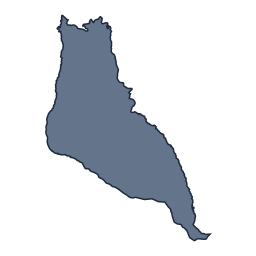 Tsa-le-Moleka, Butha-Buthe, Lesotho (Mercator projection)
{"feature_id": "5366337B25108724147301", "entity_name": "Tsa-le-Moleka", "entity_type": "district", "adm_level": 2, "iso_a3": "LSO", "parent_name": "Lesotho", "parent_adm1": "Butha-Buthe", "projection": "mercator", "projection_center": [28.369, -28.789], "detail": "fine", "context": "isolated", "style": "filled", "palette": "slate", "viewbox_px": 256, "rotation_deg": 0, "n_neighbors": 0, "source": "geoboundaries", "source_scale": "gbopen_adm2", "svg_char_len": 5691}
<svg xmlns="http://www.w3.org/2000/svg" viewBox="0 0 256 256"><path d="M210.1,234.1L206.0,234.4L205.1,234.2L204.0,233.6L201.5,233.5L200.1,231.8L199.2,231.2L198.9,230.3L198.4,229.7L197.5,228.8L196.9,228.6L193.4,225.2L193.2,224.3L193.6,223.7L194.1,222.2L194.6,221.3L195.0,219.0L194.9,218.0L195.3,217.2L195.4,216.3L195.0,214.3L194.8,213.8L194.1,213.6L193.9,213.2L194.0,212.2L193.2,211.4L193.6,210.6L193.2,210.3L193.3,209.7L192.3,209.2L192.2,208.5L192.2,207.9L193.9,208.2L194.0,208.0L193.8,207.4L192.3,207.1L192.4,206.7L191.9,206.2L192.5,205.6L192.2,204.5L192.3,203.8L192.9,202.5L192.7,199.8L191.7,198.9L191.6,198.5L192.2,198.0L192.2,196.8L191.0,194.7L190.9,193.6L190.1,192.8L189.9,191.8L189.2,190.8L189.1,190.5L189.6,189.4L187.9,187.5L187.2,186.4L186.8,185.3L186.9,183.9L186.6,182.4L185.9,181.1L186.1,178.4L185.8,177.8L184.6,177.0L184.7,176.0L184.2,175.1L184.4,174.0L183.4,172.9L183.2,171.7L182.3,171.1L182.0,170.1L181.3,169.2L181.4,167.1L180.5,166.2L180.6,165.6L179.8,165.0L179.7,163.9L178.8,162.4L178.8,160.9L178.2,159.5L177.2,158.7L176.2,158.2L176.1,157.7L176.1,156.0L175.5,155.0L175.6,154.1L174.5,153.1L174.0,152.1L173.4,149.7L173.3,148.5L172.2,147.8L172.2,147.3L171.8,146.9L170.7,146.3L171.1,145.5L170.9,145.3L168.0,144.2L167.6,143.2L167.2,142.9L166.7,142.4L166.7,141.4L165.8,139.9L165.9,139.2L165.4,138.2L164.0,137.6L164.0,136.1L163.4,134.4L162.7,134.5L162.1,133.8L161.0,133.4L159.6,132.2L159.1,131.4L157.7,130.5L157.4,129.4L156.8,129.0L155.7,128.7L155.7,128.3L156.2,126.9L155.6,126.6L155.5,126.2L155.1,125.7L154.2,125.2L152.9,125.7L151.5,125.4L149.1,123.7L148.2,123.5L148.3,123.3L146.9,122.6L146.8,122.0L146.1,121.5L145.9,120.6L146.2,119.9L146.1,119.3L145.9,118.8L145.1,118.5L144.6,116.3L144.0,116.4L141.9,115.0L141.2,114.8L140.9,114.2L139.4,113.7L139.1,114.3L138.8,114.5L138.5,114.1L138.6,113.7L137.5,113.5L135.6,112.1L135.0,112.1L134.7,111.8L133.0,112.5L131.0,112.0L130.8,111.0L131.6,109.3L131.9,107.5L132.5,106.6L133.9,105.8L135.0,103.7L135.0,102.4L134.6,101.4L133.2,99.7L132.3,99.2L131.0,99.0L129.2,98.2L129.8,96.2L129.8,94.9L130.5,93.8L129.4,93.3L128.7,92.8L129.7,91.6L130.8,90.8L131.2,90.1L131.9,89.6L131.9,88.6L131.0,88.4L129.0,88.5L127.6,88.2L126.5,87.7L125.6,86.9L124.7,86.6L123.8,85.8L123.4,82.9L122.4,82.6L121.5,82.7L119.7,82.2L118.9,81.5L117.1,78.3L117.5,75.6L117.5,73.8L118.4,69.7L116.1,64.1L116.1,61.6L115.7,60.4L115.0,56.4L114.3,54.8L111.9,52.9L111.5,52.1L111.2,51.0L111.5,48.3L111.0,47.1L111.5,46.2L111.5,41.7L110.8,40.7L110.5,40.0L110.3,36.5L110.8,35.1L110.5,33.8L110.8,32.5L111.5,31.4L110.1,29.7L110.8,28.7L110.5,27.4L110.1,26.6L109.5,26.3L108.7,27.3L108.2,28.3L107.5,28.5L107.2,28.1L106.7,26.3L106.9,25.8L107.7,26.3L108.0,26.2L108.3,25.7L107.7,24.7L107.7,23.2L107.1,22.9L105.8,22.7L103.1,23.7L102.1,23.6L101.3,22.1L102.0,20.2L101.9,19.6L102.2,18.5L100.7,16.8L100.3,16.7L98.9,18.2L98.5,19.0L96.1,19.7L94.6,20.6L94.0,21.4L94.0,21.9L93.6,22.5L93.2,22.4L92.8,22.0L91.8,20.5L91.6,19.7L91.2,19.4L90.4,20.0L89.8,20.9L89.5,21.8L89.5,23.3L89.1,23.6L88.6,23.5L86.6,24.0L84.2,24.2L83.4,24.6L82.9,25.4L82.8,25.9L83.0,26.2L84.1,26.0L84.8,26.2L85.3,27.8L85.7,28.3L87.2,28.7L87.7,29.1L87.9,29.9L87.7,30.7L87.0,31.1L86.0,31.0L83.6,29.5L81.9,29.1L78.2,28.6L77.3,27.8L77.1,27.1L76.6,26.6L74.7,25.2L72.8,25.0L71.2,25.5L70.1,25.0L69.0,25.2L68.1,25.0L67.4,24.4L66.6,23.2L67.0,21.9L68.1,20.0L68.0,19.7L66.5,19.4L65.5,18.0L64.4,17.2L62.6,15.4L61.8,15.6L61.7,16.1L61.8,17.1L61.5,18.3L62.0,20.2L60.8,20.5L60.6,21.1L61.4,22.6L61.3,23.8L60.6,24.5L60.3,25.2L60.6,26.7L60.2,27.5L59.8,27.8L59.3,27.7L59.4,26.9L58.9,26.6L58.3,27.0L57.2,28.3L57.3,28.8L59.0,30.0L59.3,30.5L59.1,31.3L58.8,31.6L59.2,31.9L60.6,31.5L60.7,31.9L60.8,32.9L61.5,34.7L61.2,35.3L61.5,36.0L61.4,36.5L61.7,36.8L61.2,38.2L61.3,38.9L61.6,39.8L61.5,40.6L62.5,41.8L62.7,43.6L63.4,45.3L62.9,47.0L63.2,47.6L62.9,48.9L61.7,51.0L61.3,52.5L61.2,54.7L60.6,56.6L60.9,57.2L61.7,57.6L62.1,58.1L61.5,59.5L61.7,60.3L61.3,61.2L61.3,61.9L61.6,63.2L61.5,63.9L60.8,64.5L61.2,65.1L60.6,66.1L60.7,67.6L60.3,69.4L60.5,70.0L60.4,70.4L59.9,71.1L59.5,72.1L59.4,72.9L58.7,74.7L59.1,75.6L58.5,77.0L57.6,77.6L57.5,78.7L57.1,79.2L57.3,80.0L56.7,80.7L56.3,80.7L56.3,82.9L55.6,85.0L55.8,85.7L55.7,86.2L55.9,86.6L55.7,87.4L56.0,88.6L55.8,89.8L55.5,90.2L55.8,91.8L56.3,92.3L56.3,92.8L56.6,92.9L56.8,93.3L56.3,95.7L56.5,97.6L55.6,99.3L55.5,100.0L54.9,101.6L54.7,102.3L55.0,103.6L53.9,105.1L53.6,105.7L53.7,106.5L53.4,106.7L53.2,107.7L52.7,108.6L52.2,108.8L51.9,110.2L50.6,111.0L49.5,112.3L48.5,113.9L47.9,115.4L46.9,118.5L46.8,119.9L47.2,122.3L46.8,124.3L46.3,125.5L46.0,126.9L46.3,129.7L45.9,131.8L46.2,134.2L46.9,135.9L47.6,137.2L47.6,138.5L47.3,139.9L47.3,142.4L47.8,144.5L49.6,148.6L50.7,149.9L51.3,150.2L51.9,151.0L52.1,150.8L52.6,151.2L52.8,151.6L53.3,151.7L53.9,152.5L54.6,152.9L57.5,153.8L57.8,153.4L58.2,153.6L58.3,154.2L60.1,154.4L61.2,154.8L64.3,154.8L65.2,154.5L66.2,155.4L67.4,155.9L68.8,155.9L70.4,156.5L70.4,157.3L73.0,157.8L75.2,158.8L76.6,159.7L77.1,160.4L78.6,160.9L79.5,161.8L82.2,162.9L84.9,168.1L85.8,168.8L87.8,168.7L89.0,169.1L90.1,170.6L91.5,171.6L92.8,171.8L96.2,173.5L97.5,174.4L98.2,175.4L98.9,177.3L100.2,178.1L102.0,178.7L102.9,179.4L104.0,180.4L106.3,183.1L109.6,184.2L111.0,185.1L111.5,185.9L112.8,186.6L115.5,187.3L118.9,189.5L123.4,193.0L126.9,195.1L129.2,197.0L131.0,197.7L132.5,197.9L134.1,197.7L135.4,197.2L144.4,199.5L152.0,198.8L158.1,201.6L164.9,202.1L168.3,206.9L170.7,209.3L171.0,211.8L171.7,212.8L172.5,216.9L174.1,221.8L175.0,222.6L177.0,223.7L178.1,224.1L180.2,224.3L181.3,224.8L182.2,226.5L182.9,227.3L184.4,228.0L186.9,230.7L189.6,237.4L190.5,238.2L194.3,240.6L195.6,240.1L196.3,239.4L197.7,238.7L203.3,239.2L205.8,239.2L206.4,238.7L207.5,236.8L210.1,234.1Z" fill="#64748b" stroke="#1e293b" stroke-width="1.5"/></svg>